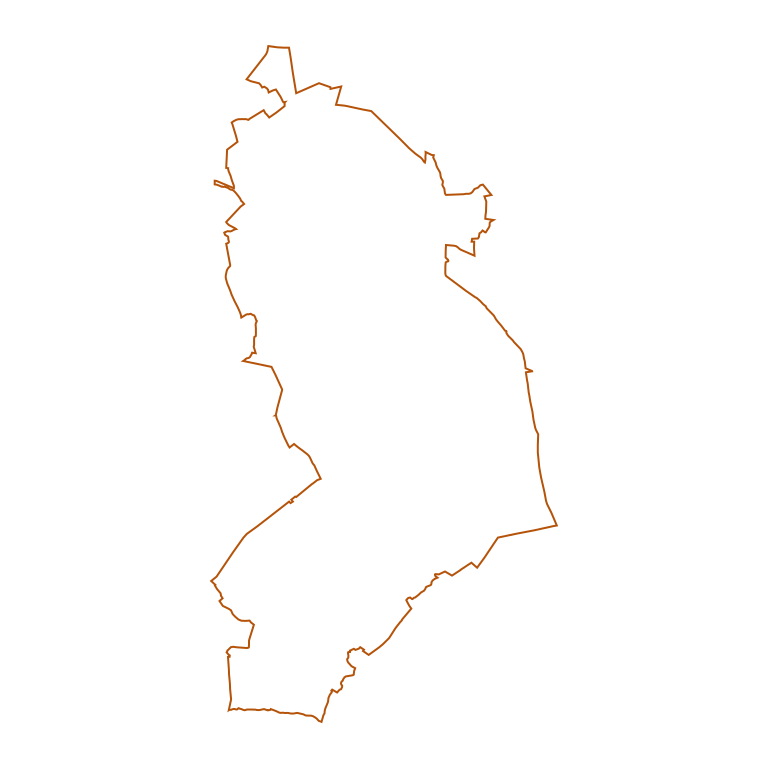 the district of Granicesti, Suceava, Romania
{"feature_id": "2599482B75349817516737", "entity_name": "Granicesti", "entity_type": "district", "adm_level": 2, "iso_a3": "ROU", "parent_name": "Romania", "parent_adm1": "Suceava", "projection": "robinson", "projection_center": [26.065, 47.795], "detail": "fine", "context": "isolated", "style": "outline", "palette": "amber", "viewbox_px": 768, "rotation_deg": 0, "n_neighbors": 0, "source": "geoboundaries", "source_scale": "gbopen_adm2", "svg_char_len": 6090}
<svg xmlns="http://www.w3.org/2000/svg" viewBox="0 0 768 768"><path d="M321.5,721.9L323.4,715.3L324.5,713.4L324.7,711.1L325.2,708.8L328.0,701.9L328.5,697.8L329.9,694.7L331.7,692.3L331.9,691.5L331.3,690.7L332.2,689.6L337.1,692.5L339.1,690.2L340.0,689.5L341.1,689.2L342.1,687.0L342.2,685.9L341.9,685.2L341.3,684.7L341.0,683.5L341.1,682.8L341.3,682.1L341.8,681.4L342.8,680.6L343.0,679.6L344.5,677.3L345.9,676.4L352.5,675.3L353.5,674.9L353.8,674.5L353.8,673.7L354.2,670.8L355.2,668.2L351.5,666.2L348.1,662.4L347.4,660.8L347.1,659.3L348.3,657.6L348.4,655.8L348.0,652.9L348.3,652.1L350.1,652.0L350.2,651.4L350.0,650.6L353.9,648.8L355.5,649.9L358.9,648.6L360.2,647.2L364.0,649.7L363.0,651.0L368.7,654.9L379.2,647.3L382.9,644.2L387.9,639.3L389.3,637.8L395.5,628.1L400.2,622.1L401.8,620.4L402.1,619.5L411.3,608.6L409.1,605.5L406.5,600.6L406.3,600.1L406.6,599.7L408.2,598.0L410.1,597.5L412.1,599.1L412.6,599.0L413.9,597.8L415.1,597.5L418.5,594.9L421.1,592.4L423.9,590.8L425.2,589.1L425.9,587.3L426.3,586.9L428.1,586.1L430.1,585.4L431.0,584.8L431.4,583.9L431.5,582.2L432.7,580.4L434.7,578.9L437.5,577.7L435.5,576.2L435.0,575.0L435.0,574.4L435.7,574.1L438.8,574.4L445.0,571.5L452.0,575.6L460.7,569.9L460.7,569.7L471.4,562.7L477.1,567.7L484.4,557.7L497.9,537.6L516.5,533.7L534.3,530.3L553.4,526.1L556.8,525.5L551.3,512.6L547.0,503.9L546.0,500.6L544.4,491.9L541.1,477.6L539.3,467.6L537.8,452.4L537.8,445.2L538.2,434.3L535.9,429.8L535.2,427.7L533.5,419.7L532.4,411.5L530.4,402.3L529.3,395.4L528.7,392.4L527.7,383.5L527.0,379.9L525.9,372.3L532.1,371.3L532.0,371.0L525.6,368.3L524.8,361.5L523.9,357.9L523.3,354.4L522.5,352.3L520.7,349.1L514.2,342.3L512.8,340.4L508.0,335.6L506.5,333.2L506.3,332.5L506.5,331.5L506.2,331.0L505.1,330.7L504.8,330.4L501.4,325.8L498.0,321.9L496.1,319.5L493.8,315.5L486.7,308.3L485.8,306.3L483.2,304.2L480.3,301.1L476.6,297.9L475.0,297.1L465.9,290.8L446.1,276.0L445.6,275.0L445.3,273.1L445.4,265.6L445.7,262.5L446.4,261.8L448.0,261.4L448.4,260.9L447.9,259.6L446.3,258.3L445.6,257.4L445.7,250.6L446.0,245.0L454.0,245.7L456.2,246.2L457.9,247.4L459.6,249.0L461.4,250.0L474.5,255.7L474.0,248.3L474.2,241.7L471.6,241.7L472.1,238.8L477.9,238.5L478.9,237.0L479.5,233.3L481.2,232.2L482.5,230.5L483.4,231.0L484.7,232.1L485.7,232.4L488.8,227.6L489.4,226.5L489.6,225.5L489.7,222.9L489.9,222.4L490.6,221.7L493.5,220.0L485.3,218.8L485.5,215.2L486.0,212.0L486.3,201.6L484.4,196.4L491.4,195.0L482.9,184.6L480.4,185.2L477.9,187.7L474.5,189.0L472.3,192.1L470.6,193.4L468.6,193.8L465.8,193.8L463.8,194.2L446.0,194.9L445.4,194.2L444.9,193.0L444.3,188.6L442.9,186.2L442.3,184.8L442.8,182.8L442.9,181.1L441.2,178.2L440.6,176.2L440.4,174.3L440.0,172.4L437.3,167.7L436.3,165.3L435.7,162.6L433.2,157.5L433.8,155.2L431.8,155.0L425.6,152.0L425.7,153.6L425.4,156.7L425.5,159.1L424.9,162.5L424.2,162.0L422.3,159.2L420.8,157.6L415.4,153.7L409.2,148.3L400.3,139.3L371.3,111.1L362.2,109.4L347.5,106.2L344.2,105.6L336.0,104.8L341.2,86.5L330.5,88.9L330.4,87.2L319.0,83.2L296.2,93.2L293.0,73.9L290.6,57.4L289.0,47.7L284.3,47.7L277.2,47.3L268.3,46.1L267.3,51.6L266.0,54.4L246.6,79.3L250.8,81.2L259.1,83.3L260.8,85.2L262.2,87.5L264.2,86.7L266.7,88.2L268.0,89.7L268.7,92.5L272.7,90.5L275.9,89.5L280.7,97.0L282.9,101.6L283.5,102.3L285.2,102.0L284.6,102.7L284.6,106.1L276.3,112.6L269.2,117.5L266.6,114.3L265.4,113.3L263.7,110.2L249.3,119.0L248.7,119.7L248.2,119.9L246.8,119.3L245.1,119.1L238.6,119.2L236.3,119.8L233.6,121.2L231.7,122.5L232.4,124.2L236.0,136.0L237.5,141.8L227.1,149.7L226.2,167.9L228.1,168.2L228.0,168.6L228.7,171.4L230.6,175.9L231.9,180.4L233.9,185.8L233.9,188.2L216.4,180.9L214.7,180.7L214.7,184.4L217.2,184.8L221.7,186.7L222.1,186.5L222.7,186.8L223.8,186.9L224.4,186.6L227.9,187.9L230.3,189.5L232.3,189.9L233.4,190.5L235.4,192.4L238.0,195.6L240.1,198.5L241.2,200.9L242.3,201.8L244.1,204.0L240.6,206.6L226.2,222.0L226.6,222.8L228.8,225.0L234.9,228.2L236.1,229.1L234.5,229.5L231.4,231.1L230.5,231.4L227.6,231.2L224.5,232.4L224.2,232.7L225.2,235.0L227.9,236.5L228.2,237.1L228.3,239.3L228.9,241.5L228.8,242.3L227.9,243.1L226.2,243.7L230.2,265.2L230.1,266.1L228.3,267.9L227.5,269.1L226.7,270.9L225.8,275.3L225.7,276.9L225.8,278.3L227.3,283.6L230.1,290.3L231.5,294.4L234.4,300.8L237.9,307.6L240.1,312.6L241.1,315.6L241.1,316.9L241.3,317.6L246.3,314.5L247.5,314.2L248.6,314.3L250.7,313.8L252.9,315.1L254.0,315.3L254.9,316.6L256.3,320.5L256.7,320.7L256.8,321.3L255.9,323.0L255.6,324.9L255.9,328.3L255.9,334.0L255.8,335.6L255.7,336.2L254.4,336.9L254.1,338.6L254.1,345.0L253.7,346.7L255.7,353.2L252.1,352.7L251.6,354.2L249.8,357.2L248.5,358.0L246.8,358.3L245.6,359.0L244.7,360.0L243.2,361.0L271.5,366.9L275.4,374.7L282.1,389.4L282.1,390.1L277.5,407.2L275.8,415.1L275.4,415.4L275.9,415.4L276.2,416.0L276.6,418.2L280.9,428.0L282.0,431.6L284.5,437.7L288.3,445.5L289.6,447.5L294.0,444.0L298.2,447.4L302.6,450.6L307.6,454.5L309.0,456.0L310.0,457.6L312.6,463.3L314.4,465.5L316.7,470.7L320.7,478.8L317.1,480.2L312.6,483.7L312.0,484.0L296.2,497.0L295.2,496.6L291.3,499.7L292.9,501.6L290.5,503.1L289.1,501.6L257.2,526.4L246.8,533.9L243.4,537.7L233.1,552.2L216.6,576.6L211.2,581.0L215.4,584.9L214.9,585.5L217.0,589.0L220.6,593.3L221.0,595.8L222.6,598.3L219.5,601.0L222.8,605.9L228.9,608.9L231.0,610.3L232.7,614.1L235.1,616.6L238.3,619.4L241.3,620.7L245.6,620.9L249.6,620.6L250.9,622.4L253.9,624.7L249.3,639.4L249.0,640.8L249.0,645.2L248.8,647.4L247.8,647.9L246.5,648.0L236.8,647.3L233.3,646.8L231.0,647.1L227.4,650.6L227.3,651.2L226.6,652.3L228.8,654.9L229.7,655.4L229.8,655.9L229.6,656.8L228.0,656.9L228.9,669.9L229.0,673.9L229.9,683.5L230.1,688.9L231.1,699.4L228.8,710.2L229.4,709.8L231.1,709.8L232.2,709.3L234.0,708.9L236.4,709.5L237.3,709.3L238.5,708.2L238.8,708.2L239.5,708.6L241.7,709.2L242.7,709.7L244.3,710.2L245.4,710.1L246.6,709.6L248.0,709.5L255.0,709.6L256.9,710.0L259.2,710.1L264.0,709.1L267.7,710.3L267.9,710.0L268.7,710.2L270.5,709.8L270.8,709.1L275.9,711.0L279.3,712.6L280.5,712.9L283.1,712.7L284.7,713.0L288.0,712.9L290.0,713.4L293.0,713.6L297.2,712.9L303.3,714.3L305.8,715.5L311.4,715.7L313.0,716.2L315.4,717.6L316.9,718.8L318.7,720.8L321.5,721.9Z" fill="none" stroke="#b45309" stroke-width="2"/></svg>